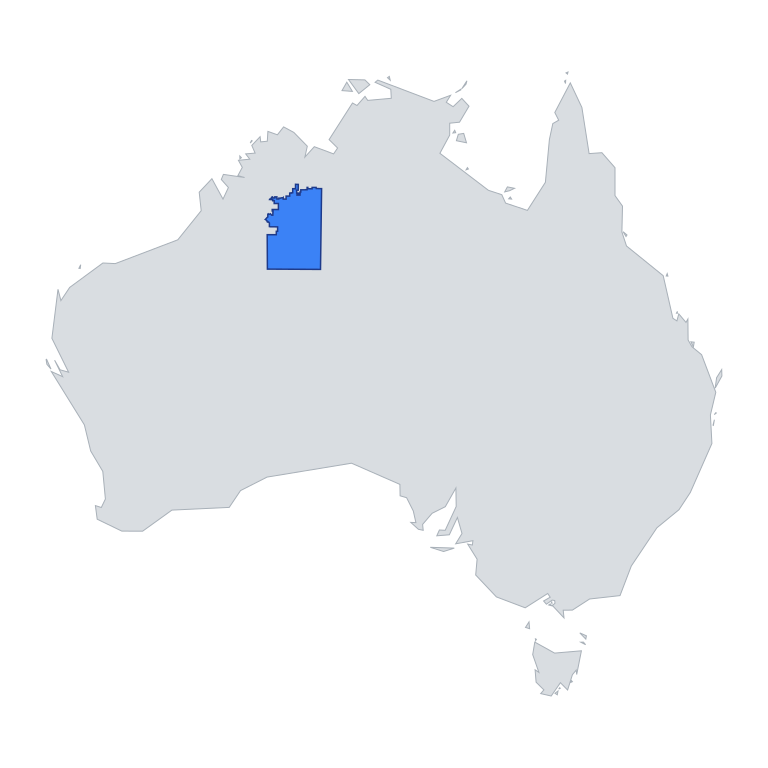 location of Halls Creek, Western Australia, Australia
{"feature_id": "25037944B45139039746134", "entity_name": "Halls Creek", "entity_type": "district", "adm_level": 2, "iso_a3": "AUS", "parent_name": "Australia", "parent_adm1": "Western Australia", "projection": "orthographic", "projection_center": [126.613, -19.001], "detail": "fine", "context": "in_parent", "style": "filled", "palette": "blue", "viewbox_px": 768, "rotation_deg": 0, "n_neighbors": 0, "source": "geoboundaries", "source_scale": "gbopen_adm2", "svg_char_len": 5617}
<svg xmlns="http://www.w3.org/2000/svg" viewBox="0 0 768 768"><path d="M581.9,107.5L589.1,153.6L601.9,152.7L615.0,167.7L615.0,195.6L622.5,206.1L621.9,232.0L626.5,246.0L663.2,275.7L672.9,318.3L676.9,320.9L678.8,313.9L686.0,322.4L687.9,319.0L688.1,340.0L692.0,346.8L701.6,354.7L715.8,392.3L710.4,415.0L711.9,443.5L690.3,492.5L679.0,509.7L656.9,527.8L631.3,566.0L620.0,595.6L589.6,599.0L572.4,610.1L563.2,610.2L564.0,617.9L552.4,605.5L555.0,603.2L554.7,600.5L552.1,600.1L546.4,604.2L543.6,601.0L550.2,597.2L547.7,593.5L525.2,607.8L496.4,596.9L475.7,575.0L477.1,559.2L467.7,544.1L472.4,545.0L472.9,540.7L455.7,543.8L462.0,533.5L457.4,517.5L449.3,534.8L436.8,535.8L439.4,530.0L445.2,530.3L456.2,506.5L455.9,488.0L445.3,506.7L432.1,513.3L422.6,524.4L423.2,530.3L418.4,529.3L410.8,522.4L415.9,522.6L413.3,511.0L406.6,497.7L400.1,495.8L399.9,484.4L351.5,463.2L267.0,477.1L240.5,490.6L229.2,507.4L171.9,510.1L142.6,531.2L121.8,531.1L97.2,519.2L95.4,505.6L101.3,507.5L105.4,499.0L102.8,471.4L90.7,451.0L84.4,424.9L51.3,371.5L62.7,376.7L54.6,360.2L60.1,369.8L68.6,372.2L51.9,338.3L58.0,289.3L60.9,300.6L69.7,287.4L102.9,263.0L115.3,263.6L177.8,239.8L201.2,210.7L199.2,192.2L211.9,178.7L223.0,199.1L228.4,187.5L221.3,179.5L223.4,174.4L244.6,177.5L237.9,175.6L242.3,167.4L238.4,160.3L249.8,159.2L245.7,153.9L255.1,153.1L251.8,145.4L260.1,136.7L260.7,141.9L267.3,141.2L267.9,131.4L277.4,134.8L283.6,126.9L293.8,132.4L307.3,146.2L304.9,157.1L314.3,146.7L333.6,153.9L337.6,148.0L329.1,139.6L352.5,103.0L357.0,105.5L365.0,96.4L367.7,100.4L391.3,98.3L390.8,89.3L375.1,82.3L377.8,80.1L434.0,101.4L450.6,95.3L446.3,102.3L453.1,106.7L461.8,98.4L469.0,106.2L459.5,122.2L449.7,123.2L449.7,135.1L439.9,153.3L488.4,190.3L501.8,194.7L505.6,203.1L527.4,210.4L545.4,182.3L549.4,139.5L552.8,123.6L558.7,120.2L554.8,112.5L570.3,82.9L581.9,107.5ZM534.8,642.1L554.6,653.1L581.4,650.8L576.7,674.5L576.2,670.1L572.4,674.7L567.6,690.0L560.4,682.7L551.2,696.0L540.7,693.6L543.9,689.9L536.1,682.2L535.1,669.8L538.9,672.4L532.7,654.6L534.8,642.1ZM348.5,79.5L364.9,79.9L369.8,84.7L358.8,93.6L348.5,79.5ZM430.3,547.3L454.3,548.1L443.6,551.5L430.3,547.3ZM463.7,133.4L466.5,142.8L456.4,140.7L458.3,134.3L463.7,133.4ZM715.2,388.1L716.6,377.7L721.7,369.6L721.9,376.0L715.2,388.1ZM579.8,632.9L586.4,635.8L585.8,639.1L579.8,632.9ZM346.8,82.2L352.4,91.4L342.0,90.6L346.8,82.2ZM529.6,628.7L525.5,627.4L529.0,621.9L529.6,628.7ZM514.5,188.3L509.6,190.7L504.7,191.9L507.4,186.9L514.5,188.3ZM51.0,369.1L46.9,364.3L46.1,359.6L46.6,359.3L51.0,369.1ZM583.4,642.1L585.6,644.7L580.8,642.2L583.4,642.1ZM690.9,341.8L694.2,342.2L693.4,346.8L690.9,341.8ZM623.1,231.7L627.0,235.0L626.0,236.5L623.1,231.7ZM558.0,691.0L557.3,694.8L555.0,693.3L558.0,691.0ZM714.4,419.7L713.4,425.4L713.0,425.2L714.4,419.7ZM390.2,80.2L387.5,77.7L389.3,76.4L390.2,80.2ZM466.0,84.2L461.9,88.6L466.9,80.8L466.0,84.2ZM716.3,413.0L714.3,414.6L715.8,412.7L716.3,413.0ZM468.4,169.0L466.1,169.8L467.4,167.6L468.4,169.0ZM455.7,132.7L452.9,133.0L454.7,130.3L455.7,132.7ZM80.7,264.7L80.2,268.5L78.9,268.3L80.7,264.7ZM565.7,80.3L565.5,83.5L564.5,81.1L565.7,80.3ZM551.8,601.5L552.0,603.4L551.3,602.8L551.8,601.5ZM460.8,89.9L455.4,92.7L461.0,89.1L460.8,89.9ZM252.2,140.9L250.2,143.1L251.5,140.5L252.2,140.9ZM560.2,688.4L558.7,689.0L559.8,687.7L560.2,688.4ZM511.6,199.1L508.7,198.8L510.3,197.0L511.6,199.1ZM241.4,157.7L239.9,158.9L239.8,156.0L241.4,157.7ZM572.4,681.7L570.3,682.6L571.4,680.5L572.4,681.7ZM568.0,72.0L567.5,74.1L566.0,72.9L568.0,72.0ZM550.2,603.9L551.8,605.8L548.7,605.0L550.2,603.9ZM667.9,276.1L666.2,276.0L667.2,273.6L667.9,276.1ZM677.3,313.3L676.4,313.2L677.4,311.4L677.3,313.3ZM536.4,639.3L535.6,640.7L535.4,638.8L536.4,639.3Z" fill="#d9dde1" stroke="#a8b0b8" stroke-width="1"/><path d="M267.2,234.8L267.4,269.1L320.5,269.4L321.6,188.6L319.4,188.6L316.3,188.5L316.3,188.4L316.3,188.2L316.2,188.1L316.2,187.9L316.1,187.7L316.1,187.4L312.1,187.4L312.1,188.8L307.8,188.7L307.8,187.4L307.1,187.4L307.1,189.7L305.9,189.7L305.9,189.8L300.8,189.8L300.8,192.0L300.1,192.0L300.1,193.2L298.2,193.1L298.2,194.1L300.0,194.2L300.0,195.1L297.0,195.1L297.1,193.1L296.7,193.1L296.7,191.6L296.5,190.2L298.2,190.2L298.3,184.4L295.5,184.3L295.5,188.7L292.7,188.7L292.7,192.8L291.2,192.8L291.2,193.1L289.7,193.1L289.7,196.1L288.2,196.1L286.1,196.1L286.1,199.1L283.2,199.1L283.2,197.7L283.1,197.8L282.9,197.8L282.7,197.8L282.6,197.7L282.4,197.7L282.2,197.8L281.9,197.8L281.7,197.8L281.4,197.9L281.2,197.9L281.0,198.0L280.9,198.0L280.7,198.0L280.4,198.2L280.2,198.1L279.9,198.2L279.7,198.2L279.4,198.2L279.2,198.1L278.9,198.1L278.8,199.0L276.9,199.0L276.9,196.9L274.8,196.9L274.8,197.9L272.5,197.9L272.5,196.9L272.4,196.9L272.4,197.0L272.5,197.0L272.4,197.0L272.3,197.3L272.2,197.4L271.9,197.4L271.7,197.4L271.7,197.5L271.5,197.8L271.4,197.8L271.3,198.0L271.2,198.0L271.3,198.0L271.2,198.2L271.1,198.3L271.2,198.5L270.9,198.7L270.9,198.8L270.7,198.9L270.7,199.0L270.4,199.3L270.2,199.3L269.9,199.3L269.9,199.2L269.7,199.2L269.7,199.3L269.6,199.5L272.7,199.7L272.7,200.7L274.2,200.7L274.2,203.5L278.4,203.5L278.4,209.5L272.2,209.5L272.2,211.0L273.0,211.0L273.0,211.6L273.0,212.5L272.9,212.5L272.8,215.2L271.7,215.2L270.4,213.8L270.2,213.9L269.9,214.0L269.7,214.1L269.4,214.2L269.2,214.3L268.9,214.3L268.7,214.3L268.6,214.2L268.4,214.0L268.3,213.9L268.2,213.8L267.9,214.1L267.8,214.4L267.8,215.8L267.8,217.0L267.0,217.6L265.4,219.4L265.9,219.5L266.4,220.5L267.4,221.2L267.3,221.5L267.5,221.5L267.6,222.0L268.0,222.2L268.6,222.0L269.4,223.0L269.4,226.6L270.5,226.8L274.8,226.8L277.6,226.9L277.6,231.3L276.3,231.3L276.3,234.7L275.3,234.7L267.2,234.7L267.2,234.8Z" fill="#3b82f6" stroke="#1e3a8a" stroke-width="1.5"/></svg>